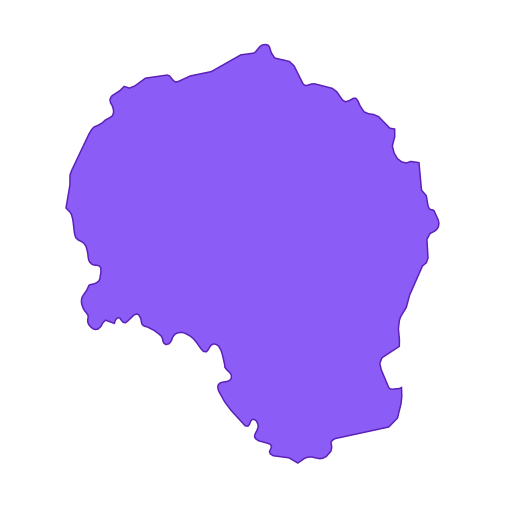 SVG path tracing the border of Côte-d'Or, rotated 175°
{"feature_id": "FRA-5282", "entity_name": "Côte-d'Or", "entity_type": "Metropolitan department", "adm_level": 1, "iso_a3": "FRA", "parent_name": "France", "parent_adm1": "", "projection": "orthographic", "projection_center": [4.917, 47.462], "detail": "fine", "context": "isolated", "style": "filled", "palette": "violet", "viewbox_px": 512, "rotation_deg": 175, "n_neighbors": 0, "source": "natural_earth", "source_scale": "10m", "svg_char_len": 3244}
<svg xmlns="http://www.w3.org/2000/svg" viewBox="0 0 512 512"><g transform="rotate(175 256 256)"><path d="M93.5,336.7L85.5,334.8L85.4,307.2L81.1,301.2L80.2,290.4L79.1,287.9L77.5,286.8L76.1,286.6L74.8,285.8L71.4,276.3L70.9,272.6L71.8,269.1L73.6,266.8L75.9,265.2L80.7,263.2L84.3,257.6L84.8,239.1L86.9,234.5L91.1,231.5L106.3,203.8L110.8,191.6L117.3,182.8L118.9,179.0L120.5,170.9L120.4,160.3L121.1,153.5L139.3,143.7L142.0,138.4L141.2,131.9L135.2,113.3L133.9,111.9L131.7,111.4L124.6,111.5L122.5,112.3L123.0,103.3L124.5,95.9L129.2,82.2L138.7,74.1L193.0,67.2L196.1,65.7L197.6,63.8L197.3,61.4L197.3,58.4L198.4,55.0L203.4,50.2L207.0,48.7L210.2,48.5L218.4,51.0L222.5,51.0L225.2,50.2L232.4,46.1L240.8,52.1L256.2,55.5L259.0,57.6L259.6,59.9L257.2,64.3L258.0,67.0L260.7,68.4L269.7,71.8L272.0,73.7L273.1,75.4L273.0,76.9L272.4,78.8L269.8,83.0L268.8,85.5L268.7,88.3L270.1,91.8L271.9,93.3L274.0,93.5L275.6,92.1L277.6,88.3L278.9,87.2L281.6,87.8L294.4,104.5L300.0,113.6L304.7,124.2L305.4,126.7L305.5,129.1L304.7,131.2L302.7,132.7L300.5,133.2L295.5,133.6L293.1,134.4L291.3,136.2L290.9,139.4L292.3,142.1L294.8,144.9L296.7,147.8L296.7,148.3L296.7,150.6L298.2,161.4L299.0,164.8L301.0,169.4L303.5,171.5L306.0,172.1L307.9,171.4L309.3,170.2L312.1,166.4L313.7,164.9L316.7,165.5L319.1,168.7L323.1,175.6L325.8,179.3L328.4,181.9L333.4,185.2L335.8,186.2L338.3,186.4L340.8,186.2L343.0,185.4L345.0,183.8L346.4,181.8L347.3,179.6L348.8,177.6L350.5,176.1L353.5,175.6L355.3,177.1L356.1,179.2L356.3,181.5L357.2,184.2L359.6,186.9L364.2,190.9L370.5,194.8L373.4,195.8L374.8,197.1L375.7,198.5L376.3,203.9L377.9,207.7L380.0,208.6L382.5,208.0L389.7,202.2L391.8,200.9L394.0,201.4L395.5,203.3L397.0,206.0L398.9,206.6L400.7,205.4L401.9,203.9L403.0,201.2L411.6,205.2L414.9,202.2L416.4,199.6L419.6,197.0L422.3,196.7L424.8,197.7L426.8,199.7L428.5,202.1L429.3,204.5L429.3,206.8L428.6,209.2L428.5,211.4L429.8,214.0L431.4,216.2L432.6,218.7L433.4,221.4L433.9,224.2L433.8,227.0L433.0,229.8L431.4,232.1L427.7,236.6L425.0,241.2L424.6,241.6L423.7,241.9L419.6,242.4L417.3,243.2L415.1,244.5L413.6,246.7L412.3,251.8L411.8,254.5L411.6,257.7L412.9,259.7L414.8,260.5L417.3,260.9L419.8,261.8L422.1,264.2L423.0,266.6L423.3,269.2L423.3,272.1L423.6,275.6L424.6,280.8L426.5,283.9L428.9,285.8L431.4,287.2L433.8,289.7L434.5,292.2L434.9,295.2L435.2,305.7L435.4,308.9L436.3,313.6L437.6,316.1L441.1,320.4L435.2,342.9L434.2,353.0L432.2,357.3L411.7,392.2L408.8,396.2L406.2,398.6L401.9,400.0L397.6,402.0L394.4,404.5L389.1,406.8L386.8,408.3L385.7,410.4L385.2,413.0L385.6,416.0L386.3,418.7L387.5,421.0L387.9,424.3L386.9,426.6L385.3,428.3L377.0,432.7L372.6,436.4L367.4,434.3L362.0,435.9L350.6,442.8L328.6,444.0L326.5,443.0L323.0,437.9L321.1,436.4L318.3,436.6L305.8,441.1L284.5,443.6L253.6,457.7L240.7,458.3L239.7,458.7L238.7,459.4L234.0,464.2L231.6,465.6L228.4,465.9L225.7,465.1L224.4,463.2L223.0,457.0L220.1,451.6L205.8,446.9L201.5,442.1L194.1,423.3L192.4,421.7L190.8,421.4L185.4,422.6L182.2,422.3L165.5,416.4L161.3,412.7L156.3,404.0L153.6,401.8L149.4,402.7L145.4,404.6L142.9,404.5L141.0,401.8L139.1,396.2L135.8,390.2L131.5,387.9L126.7,386.8L121.8,384.2L111.6,371.7L106.8,370.4L107.4,362.8L110.6,353.7L109.4,346.4L106.5,340.5L102.4,336.9L97.9,335.6L93.5,336.7Z" fill="#8b5cf6" stroke="#5b21b6" stroke-width="1.5"/></g></svg>